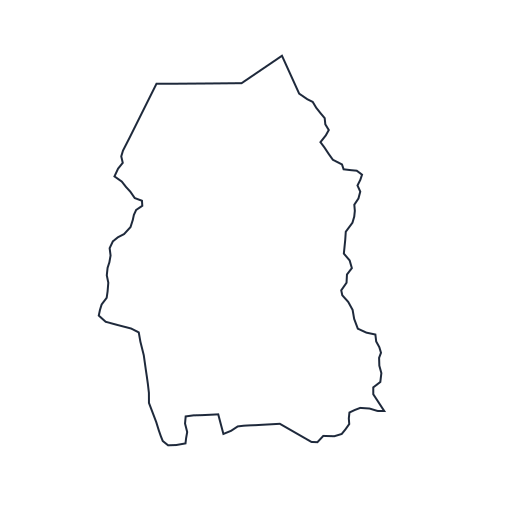 outline of São Lourenço da Mata, Pernambuco, Brazil, rotated 100°
{"feature_id": "56859067B70092057615278", "entity_name": "São Lourenço da Mata", "entity_type": "district", "adm_level": 2, "iso_a3": "BRA", "parent_name": "Brazil", "parent_adm1": "Pernambuco", "projection": "natural_earth1", "projection_center": [-35.088, -8.017], "detail": "fine", "context": "isolated", "style": "outline", "palette": "slate", "viewbox_px": 512, "rotation_deg": 100, "n_neighbors": 0, "source": "geoboundaries", "source_scale": "gbopen_adm2", "svg_char_len": 1803}
<svg xmlns="http://www.w3.org/2000/svg" viewBox="0 0 512 512"><g transform="rotate(100 256 256)"><path d="M386.4,102.8L371.8,116.5L365.0,117.7L358.5,111.7L349.6,112.2L342.6,115.5L334.9,117.1L329.6,116.1L324.4,118.7L319.3,122.8L312.6,124.8L312.3,134.0L309.9,143.1L300.9,148.4L292.3,151.5L285.2,157.2L279.7,164.2L275.0,166.1L266.6,162.2L258.4,163.2L251.3,159.5L244.1,163.0L238.4,169.9L224.9,170.9L216.5,171.8L206.5,166.8L200.2,166.1L194.4,166.5L188.4,168.1L181.6,165.1L174.5,164.5L168.9,168.3L162.9,166.5L157.5,165.7L154.5,171.6L155.0,177.6L155.4,184.8L150.9,187.2L147.9,197.0L142.9,202.1L137.2,207.5L132.7,212.3L125.1,208.2L119.3,206.2L114.3,210.6L108.3,212.3L104.3,217.1L99.6,222.4L94.4,226.9L92.7,232.7L88.6,241.7L54.3,265.2L88.3,300.2L94.1,331.4L101.2,370.0L103.6,383.9L127.2,390.9L161.0,400.9L175.3,405.3L181.3,406.0L187.4,403.4L193.9,407.0L202.2,409.2L206.0,401.1L210.6,396.0L214.5,390.9L220.0,385.5L221.4,377.9L226.3,376.7L231.4,382.0L236.7,383.4L241.9,383.6L249.3,384.6L257.3,389.7L261.5,395.2L266.4,399.5L273.7,401.5L280.8,399.3L287.7,399.3L293.4,400.1L300.9,399.6L308.0,396.8L316.8,396.0L323.1,395.8L330.5,399.6L336.2,400.3L342.0,400.5L346.9,392.6L348.0,380.4L349.1,366.4L351.6,358.2L360.4,355.0L373.2,349.3L387.0,344.8L393.6,342.6L400.7,340.3L409.4,337.7L419.3,335.9L436.9,325.4L444.5,321.5L449.7,318.6L454.4,315.7L457.7,309.7L456.0,301.7L452.8,292.9L447.6,293.2L441.3,293.2L433.3,296.8L426.2,297.4L423.8,289.9L422.1,281.5L420.5,274.4L418.5,265.7L428.7,261.0L436.9,257.2L432.5,250.2L427.0,244.4L425.2,238.4L423.8,232.4L422.6,226.7L421.0,220.0L418.9,211.0L417.1,203.4L429.5,169.1L428.7,163.2L421.5,158.5L419.9,147.6L416.4,140.7L411.2,137.8L405.3,135.0L399.8,136.4L393.9,136.8L390.5,132.0L387.5,127.0L386.5,117.7L387.5,109.4L386.4,102.8Z" fill="none" stroke="#1e293b" stroke-width="2"/></g></svg>